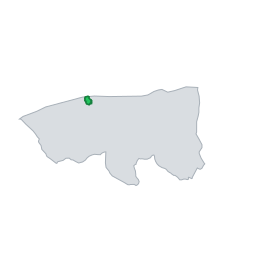 Sanquin Dist #2, Sinoe, Liberia shown in context, rotated 137°
{"feature_id": "62588387B29712288551419", "entity_name": "Sanquin Dist #2", "entity_type": "district", "adm_level": 2, "iso_a3": "LBR", "parent_name": "Liberia", "parent_adm1": "Sinoe", "projection": "albers", "projection_center": [-9.171, 5.211], "detail": "fine", "context": "in_parent", "style": "filled", "palette": "green", "viewbox_px": 256, "rotation_deg": 137, "n_neighbors": 0, "source": "geoboundaries", "source_scale": "gbopen_adm2", "svg_char_len": 3164}
<svg xmlns="http://www.w3.org/2000/svg" viewBox="0 0 256 256"><g transform="rotate(137 128 128)"><path d="M49.3,110.0L51.3,108.3L54.3,102.8L58.5,97.5L62.4,94.4L65.5,91.1L68.8,88.7L73.5,85.8L80.6,78.2L82.3,77.3L83.5,72.0L85.3,65.3L87.3,63.2L92.2,62.0L93.3,60.8L95.1,56.1L96.2,50.6L96.3,49.4L98.2,49.2L101.5,48.1L103.4,48.6L104.2,50.2L104.6,51.5L114.5,48.1L115.4,47.4L115.9,47.5L117.2,50.6L117.9,50.4L118.5,49.5L119.2,49.4L119.9,49.9L120.7,51.3L122.0,52.6L124.1,53.5L125.5,54.8L125.3,58.1L125.9,61.3L126.8,62.0L127.3,64.0L127.5,66.1L128.0,67.2L128.4,69.3L128.2,71.6L128.6,73.2L130.2,76.0L131.2,79.5L131.2,82.0L130.6,84.6L129.6,87.0L127.7,89.6L127.5,90.6L128.6,91.3L130.3,91.4L131.7,90.9L135.2,92.1L137.1,93.8L138.7,95.9L140.1,97.0L140.8,98.3L143.3,97.9L146.2,96.6L146.8,96.0L147.6,96.4L149.5,96.5L150.8,94.2L151.9,91.5L154.1,88.6L155.2,87.5L155.5,85.7L155.6,83.3L156.4,81.2L158.3,80.1L160.3,80.1L161.4,80.5L161.9,82.5L163.6,84.0L164.9,85.1L165.7,85.5L166.8,86.7L167.9,90.7L172.2,103.7L172.0,107.3L171.2,109.7L171.1,112.0L170.9,114.2L168.2,118.0L160.5,125.6L161.1,126.2L162.9,127.1L164.8,127.5L166.4,127.3L168.3,129.2L170.4,131.6L172.6,132.8L175.8,133.9L178.6,134.0L181.0,133.6L184.3,134.1L187.9,136.0L189.2,139.3L190.0,142.1L191.3,143.6L191.5,146.0L194.0,148.2L197.6,148.6L202.3,151.2L203.5,151.0L204.0,150.7L204.6,151.2L205.8,158.5L206.7,162.4L206.2,163.9L205.6,165.2L205.6,171.1L203.5,174.5L203.1,178.2L202.5,179.4L200.3,180.5L200.3,183.4L199.7,186.8L199.4,190.5L200.1,200.1L200.2,207.3L201.3,208.6L196.8,208.0L183.8,202.6L173.8,199.5L140.2,181.6L130.9,174.4L120.2,163.7L96.4,142.1L90.9,138.6L84.1,137.0L79.9,135.1L76.9,133.1L74.5,127.1L68.5,123.6L57.5,118.5L49.3,110.0Z" fill="#d9dde1" stroke="#a8b0b8" stroke-width="1"/><path d="M141.7,174.6L141.8,174.4L141.8,174.2L141.9,173.9L141.8,173.6L141.7,173.4L141.4,173.2L141.2,173.1L141.1,172.7L141.1,172.3L140.9,171.9L140.7,171.7L140.5,171.4L140.2,171.4L140.1,171.6L139.9,171.6L139.7,171.7L139.6,171.8L139.3,171.9L139.2,171.9L139.0,171.6L138.9,171.4L138.8,171.6L138.6,171.4L138.2,171.4L137.9,171.4L137.8,171.2L137.7,171.4L137.7,171.6L137.4,171.4L137.2,171.3L137.0,171.5L136.8,171.8L136.8,172.1L136.8,172.3L136.9,172.6L136.9,172.8L136.7,172.9L136.4,172.8L136.3,173.0L136.2,173.0L136.2,173.4L136.0,173.2L136.0,173.4L135.8,173.5L135.7,173.6L135.7,173.8L135.8,173.9L135.9,174.1L135.9,174.3L136.0,174.4L136.0,174.8L136.1,175.1L136.2,175.5L136.2,176.0L136.2,176.5L135.8,176.7L135.7,176.8L135.4,177.0L135.2,177.2L135.3,177.3L135.4,177.5L135.4,177.8L135.5,177.8L135.6,178.0L135.8,178.2L135.9,178.3L135.7,178.6L135.8,178.7L136.2,178.9L136.4,178.9L137.0,179.3L137.6,179.6L137.8,179.7L137.9,179.8L138.0,179.9L138.3,179.7L138.1,179.5L138.1,179.4L138.4,179.4L138.5,179.3L138.6,179.2L138.8,179.1L139.1,179.2L139.3,179.2L139.5,179.1L139.6,178.9L139.7,178.7L139.7,178.8L139.8,178.7L139.9,178.4L139.9,178.2L140.0,178.2L140.3,178.0L140.4,177.9L140.6,177.9L140.7,177.7L140.9,177.5L140.8,177.4L140.6,177.3L140.6,177.2L140.6,176.9L140.6,176.6L140.8,176.5L140.9,176.3L140.8,176.2L141.0,176.2L141.1,175.9L141.2,175.6L141.4,175.4L141.4,175.2L141.4,174.9L141.6,174.5L141.7,174.6Z" fill="#22c55e" stroke="#15803d" stroke-width="1.5"/></g></svg>